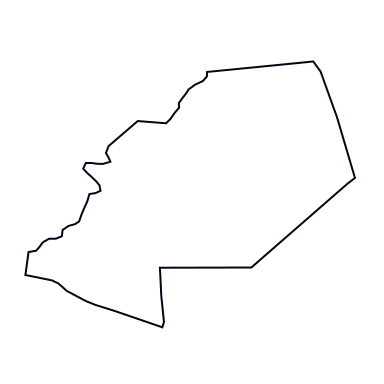 the district of São José do Sabugi, Paraíba, Brazil, rotated 93°
{"feature_id": "56859067B5219059609042", "entity_name": "São José do Sabugi", "entity_type": "district", "adm_level": 2, "iso_a3": "BRA", "parent_name": "Brazil", "parent_adm1": "Paraíba", "projection": "natural_earth1", "projection_center": [-36.818, -6.823], "detail": "fine", "context": "isolated", "style": "outline", "palette": "ink", "viewbox_px": 384, "rotation_deg": 93, "n_neighbors": 0, "source": "geoboundaries", "source_scale": "gbopen_adm2", "svg_char_len": 917}
<svg xmlns="http://www.w3.org/2000/svg" viewBox="0 0 384 384"><g transform="rotate(93 192 192)"><path d="M328.7,214.5L323.2,213.2L296.9,217.3L282.6,218.7L269.3,220.1L264.3,128.8L239.3,103.0L175.8,37.4L169.4,30.0L109.5,51.2L99.6,55.4L65.2,69.8L55.3,77.7L71.3,183.2L75.8,183.2L80.6,186.9L84.7,194.6L89.7,200.7L94.3,203.4L99.5,207.0L103.9,209.8L108.5,209.3L114.1,213.6L120.4,217.5L124.7,221.5L124.0,249.9L150.5,277.7L157.7,280.0L161.5,277.4L166.0,275.1L168.6,282.3L168.8,288.5L168.3,293.6L168.6,299.5L174.4,301.9L178.8,297.3L181.7,293.6L186.5,288.1L190.1,284.8L195.6,283.4L198.2,288.4L199.4,294.3L207.2,296.2L213.4,298.7L220.4,301.2L227.1,303.1L230.2,307.0L232.3,313.4L236.6,319.2L243.0,319.7L245.7,325.4L246.2,332.4L250.2,338.5L254.5,341.2L258.8,344.6L260.5,352.1L283.6,354.0L287.6,327.2L290.3,320.7L297.5,311.6L306.5,292.2L309.8,282.6L314.7,263.5L328.7,214.5Z" fill="none" stroke="#020617" stroke-width="2"/></g></svg>